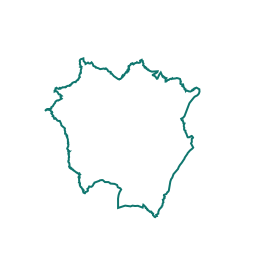 Mafeteng, Mafeteng, Lesotho, rotated 224°
{"feature_id": "5366337B69820143482286", "entity_name": "Mafeteng", "entity_type": "district", "adm_level": 2, "iso_a3": "LSO", "parent_name": "Lesotho", "parent_adm1": "Mafeteng", "projection": "albers", "projection_center": [27.27, -29.817], "detail": "fine", "context": "isolated", "style": "outline", "palette": "teal", "viewbox_px": 256, "rotation_deg": 224, "n_neighbors": 0, "source": "geoboundaries", "source_scale": "gbopen_adm2", "svg_char_len": 5841}
<svg xmlns="http://www.w3.org/2000/svg" viewBox="0 0 256 256"><g transform="rotate(224 128 128)"><path d="M115.1,50.6L113.7,51.1L113.7,51.5L114.2,52.2L113.3,54.0L113.2,54.8L113.3,55.1L114.9,56.0L114.6,56.9L115.3,59.0L114.4,59.5L113.4,60.4L113.3,62.2L113.9,63.8L113.8,64.6L114.2,65.4L112.0,69.9L111.8,70.9L110.5,72.6L109.8,73.0L107.0,73.1L104.5,75.5L103.1,75.9L102.1,75.8L98.8,78.5L96.2,79.4L94.2,78.3L91.6,79.3L90.2,79.0L89.5,76.0L88.1,73.1L86.1,70.3L79.6,63.6L76.1,70.2L71.7,73.4L70.8,75.3L68.8,76.7L66.8,78.9L62.2,80.9L63.6,83.4L62.0,83.5L60.8,83.2L60.3,83.4L59.6,83.2L59.4,82.8L58.9,83.1L58.0,83.1L57.8,82.8L57.4,82.9L56.8,82.5L56.3,82.9L54.2,82.9L54.1,83.3L53.2,84.0L53.0,83.9L53.0,83.5L52.1,83.8L51.8,83.4L50.5,83.9L50.1,83.1L49.3,82.6L48.8,82.8L47.3,82.5L46.6,82.7L46.5,84.4L46.2,84.7L47.2,85.1L46.9,85.5L47.1,86.3L46.7,87.4L47.9,88.7L48.8,90.7L49.0,92.3L48.9,94.4L49.4,94.9L49.3,96.0L50.7,97.9L50.9,99.2L52.3,100.0L52.5,100.6L52.9,100.7L52.6,101.2L53.3,102.2L53.1,102.9L53.5,103.0L53.7,104.1L55.2,104.3L55.6,104.9L54.6,107.2L55.1,109.4L54.8,110.1L55.2,111.4L60.3,118.8L61.4,121.1L61.7,123.1L63.2,126.4L63.6,133.3L64.3,134.9L64.9,137.3L65.2,140.4L66.1,145.3L66.6,146.1L67.3,150.6L67.6,151.2L67.8,154.8L67.4,158.0L67.5,159.2L72.0,160.7L72.4,162.3L74.0,163.8L74.7,164.7L74.4,165.5L74.6,166.3L76.3,166.6L76.8,166.4L77.4,164.1L78.4,162.9L79.0,162.9L82.2,164.5L83.7,164.9L84.8,166.0L85.7,165.6L87.0,166.2L87.7,167.3L89.1,168.0L90.0,169.1L90.5,170.5L91.4,169.9L92.5,170.8L93.3,170.9L93.9,171.6L94.8,171.0L96.2,171.6L95.5,173.7L95.6,175.8L101.0,188.4L101.2,189.6L101.8,196.0L101.7,197.1L100.8,199.7L100.9,201.9L101.8,203.8L103.6,205.4L106.8,204.6L107.4,203.3L107.2,203.2L107.3,202.5L107.8,202.0L107.3,200.8L108.1,200.4L107.8,199.7L108.1,199.4L107.9,199.1L108.4,197.6L109.7,196.6L111.1,196.1L111.4,195.7L112.0,195.7L112.5,195.3L112.4,194.9L113.1,195.3L113.7,195.2L113.9,195.7L114.5,195.3L115.8,196.2L118.0,195.9L117.9,197.2L118.8,197.6L119.2,196.8L120.8,196.2L121.5,196.6L122.1,198.0L122.6,198.0L122.8,198.4L124.7,199.4L126.9,198.3L127.8,197.6L128.1,196.9L128.4,196.5L130.2,194.3L130.6,194.5L130.8,193.4L131.3,193.3L131.9,192.3L132.1,190.9L132.7,190.1L132.8,188.1L133.2,187.5L134.5,188.7L135.1,189.8L135.1,190.5L136.2,190.1L136.7,189.3L137.6,189.8L138.7,189.7L138.8,189.0L143.0,190.7L142.6,188.2L141.1,184.0L141.4,183.5L143.8,184.0L145.2,183.9L146.8,183.2L147.1,183.5L146.7,184.5L146.7,185.0L146.2,186.1L145.8,188.0L145.7,188.6L146.1,189.4L150.0,185.1L152.3,184.1L153.2,184.1L153.5,183.8L154.0,184.1L154.3,183.8L154.5,184.0L155.7,183.4L156.6,184.0L157.0,183.6L157.8,183.9L158.1,183.1L159.5,183.8L160.7,183.6L161.6,185.1L163.3,185.6L163.7,186.4L164.8,186.2L165.5,186.6L166.1,184.9L165.3,184.4L164.8,183.6L165.4,182.4L166.6,181.5L167.2,181.5L167.1,180.9L167.9,179.8L168.2,177.8L168.8,178.0L169.2,177.2L169.9,177.5L170.5,176.2L170.1,175.3L170.2,173.7L170.5,173.2L169.8,172.8L170.0,172.2L169.2,171.9L168.7,170.9L168.2,171.2L167.9,171.0L168.0,170.6L167.6,169.8L168.1,169.7L167.5,169.1L168.0,168.9L167.3,168.4L167.4,168.0L167.6,168.2L168.0,168.0L167.5,167.1L168.2,166.9L167.9,165.3L168.0,164.5L167.4,163.4L167.7,163.3L168.1,162.3L168.4,162.3L168.3,161.5L168.2,161.3L167.6,161.8L167.3,161.4L167.5,158.0L168.2,157.3L168.1,156.8L169.3,156.3L174.2,155.5L177.7,155.8L178.3,155.2L179.5,156.3L181.1,155.2L181.8,155.1L183.5,155.7L184.9,155.4L185.3,154.8L185.5,155.0L185.6,154.6L186.7,154.0L188.9,151.0L190.9,150.4L192.1,149.7L193.0,149.6L193.2,149.1L194.5,149.3L195.9,148.6L198.0,149.6L199.8,149.9L200.0,148.2L200.8,147.4L202.2,147.3L203.0,144.5L204.2,145.3L206.4,145.3L208.5,147.1L209.8,144.5L209.7,143.3L209.1,142.5L208.2,142.1L207.0,140.4L205.5,140.0L205.3,139.7L204.2,139.6L204.3,139.3L203.9,139.5L203.9,138.9L203.6,139.0L202.9,138.5L202.1,136.7L200.9,135.6L200.7,134.9L200.3,135.0L200.0,134.5L200.2,134.0L200.1,133.2L199.4,131.8L198.9,131.4L198.0,131.2L198.0,129.7L197.7,129.4L197.7,128.3L197.4,128.1L197.4,127.6L197.9,126.5L197.5,124.6L198.5,123.9L199.4,121.8L199.1,120.8L199.4,119.6L198.9,118.8L199.0,118.5L199.6,118.3L199.4,117.6L200.4,116.8L201.1,115.4L201.3,114.8L201.0,114.3L201.3,113.7L201.7,113.7L202.5,112.5L203.2,112.1L203.4,111.2L204.1,110.3L203.9,109.7L204.7,109.4L204.4,109.0L204.9,108.7L204.9,108.1L205.8,107.8L206.8,107.1L207.4,107.2L207.7,106.2L206.8,105.3L206.8,103.9L206.2,103.3L206.1,103.7L204.8,104.8L203.5,104.9L201.6,104.2L201.0,104.2L200.4,104.9L198.1,105.0L198.6,104.0L198.4,103.6L197.5,103.2L196.1,103.1L197.3,99.2L197.9,98.9L198.2,98.4L198.5,96.6L197.9,95.4L197.8,93.8L197.2,91.4L197.6,89.6L196.7,88.7L196.8,88.1L199.3,85.5L199.6,84.5L199.6,82.7L199.0,85.0L197.1,86.4L196.2,86.8L194.8,86.6L194.0,86.9L193.2,86.5L193.2,86.0L193.5,85.9L193.4,85.3L190.1,84.8L190.1,84.3L189.7,84.5L187.4,83.4L187.0,83.9L186.9,84.7L184.0,84.3L183.0,84.7L182.0,85.7L179.1,84.6L177.7,83.6L173.1,83.9L172.2,82.6L170.7,81.8L169.4,80.3L169.1,80.6L167.9,80.5L167.1,80.2L167.0,79.8L166.5,79.8L166.3,80.1L165.4,79.3L165.7,79.1L163.4,78.1L161.8,76.5L161.1,76.3L161.0,75.8L159.9,75.1L160.1,74.9L159.2,74.4L158.1,73.1L158.1,72.6L157.5,71.0L156.8,70.7L156.1,70.8L155.6,70.4L154.3,70.6L154.2,70.3L154.7,70.1L154.7,69.7L154.0,69.6L153.7,70.0L153.7,69.0L153.1,68.6L153.0,68.1L152.3,68.2L152.0,67.4L150.7,66.7L150.3,66.0L150.0,65.9L149.9,65.4L148.2,63.7L148.0,62.7L146.9,62.0L146.4,62.2L145.1,61.4L143.9,60.3L143.7,59.4L142.4,58.9L142.1,59.2L142.3,59.6L141.9,59.7L141.3,59.0L141.0,59.0L140.6,59.7L140.0,59.4L139.4,59.7L138.9,59.5L138.5,59.9L137.5,59.6L137.1,59.9L134.5,60.1L134.1,60.4L133.2,60.3L132.9,60.7L131.6,60.8L131.4,61.6L130.9,61.4L130.8,60.7L130.2,61.0L130.2,60.2L128.6,59.0L129.5,58.4L129.4,58.2L127.9,57.6L127.0,56.5L126.0,55.9L125.4,54.7L124.4,55.0L123.5,54.3L123.3,53.6L121.8,52.9L121.0,52.7L120.4,53.0L118.9,52.4L118.1,52.6L117.6,52.1L117.2,52.4L116.7,52.4L116.7,51.8L116.2,51.1L115.1,50.6Z" fill="none" stroke="#0f766e" stroke-width="2"/></g></svg>